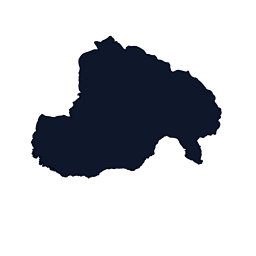 Heliconia, Antioquia, Colombia, rotated 306°
{"feature_id": "7082276B97169896974876", "entity_name": "Heliconia", "entity_type": "district", "adm_level": 2, "iso_a3": "COL", "parent_name": "Colombia", "parent_adm1": "Antioquia", "projection": "orthographic", "projection_center": [-75.764, 6.206], "detail": "fine", "context": "isolated", "style": "filled", "palette": "ink", "viewbox_px": 256, "rotation_deg": 306, "n_neighbors": 0, "source": "geoboundaries", "source_scale": "gbopen_adm2", "svg_char_len": 5735}
<svg xmlns="http://www.w3.org/2000/svg" viewBox="0 0 256 256"><g transform="rotate(306 128 128)"><path d="M209.1,143.6L209.0,143.2L208.1,143.0L207.1,142.3L204.9,136.6L203.8,134.5L202.8,133.7L200.1,132.4L199.1,131.1L199.0,130.7L198.9,129.7L199.2,128.8L201.7,125.7L203.2,124.8L204.2,122.6L202.7,119.9L202.3,118.3L202.2,116.2L201.5,114.1L201.2,113.6L200.2,112.3L200.2,111.6L201.6,109.1L201.9,107.0L200.7,105.4L199.8,103.5L199.8,102.3L198.1,99.8L198.2,99.2L199.4,95.9L199.6,94.7L199.3,90.4L198.6,87.1L197.2,84.8L195.4,82.8L194.5,80.6L192.2,79.7L190.6,80.4L189.4,80.5L189.1,80.3L189.1,77.5L190.2,74.0L190.8,71.3L190.3,69.7L191.0,68.3L190.7,67.7L188.9,66.6L188.9,66.1L189.0,65.9L190.2,65.5L191.3,64.2L191.4,62.3L191.8,61.0L191.7,60.1L191.2,59.6L188.2,59.0L185.2,57.6L183.7,56.6L181.1,56.1L180.8,55.7L179.4,52.1L178.3,50.9L177.8,50.8L177.4,51.2L176.1,54.9L174.8,57.4L174.4,57.8L173.6,58.0L173.3,57.8L171.3,54.9L167.2,52.4L162.9,49.3L161.1,48.3L158.1,48.0L154.6,48.4L152.6,49.7L151.1,51.1L148.4,54.5L144.8,56.1L143.9,56.1L143.3,56.8L142.9,58.0L142.7,58.2L142.4,58.4L141.7,58.2L140.6,58.7L139.5,59.7L138.1,60.4L136.7,62.0L133.3,63.7L130.5,66.4L130.3,66.9L130.1,68.4L128.4,70.2L128.0,70.1L127.4,68.5L126.1,68.0L125.6,68.2L126.2,69.1L125.7,70.6L125.3,71.0L124.6,71.0L123.9,71.3L123.4,71.3L122.2,70.6L121.2,70.7L119.9,70.0L119.2,70.2L118.2,70.2L117.5,69.3L116.5,68.9L116.1,69.2L115.7,70.3L114.8,70.9L113.6,71.4L111.5,71.0L110.5,71.0L110.2,70.4L109.5,70.6L108.6,70.1L107.2,71.7L106.4,71.7L106.0,72.0L105.3,73.3L104.6,73.8L104.1,75.6L103.8,75.9L103.4,75.7L102.0,73.8L101.4,73.4L100.8,71.0L100.6,69.5L100.2,68.7L99.4,68.1L98.8,68.0L98.1,66.9L95.7,64.3L94.6,63.5L93.3,63.0L91.7,60.7L91.0,58.5L89.3,55.6L88.5,53.8L88.4,51.2L88.2,50.6L85.0,50.2L82.5,50.7L80.9,51.6L79.9,51.6L78.2,52.0L75.4,53.2L74.3,53.9L73.9,54.8L73.6,54.9L73.3,54.5L72.3,55.8L71.6,55.8L70.8,56.1L69.8,55.4L66.5,55.5L64.7,56.8L64.3,57.9L63.8,58.3L62.3,57.9L61.5,58.3L59.8,58.4L59.4,58.9L59.5,59.9L58.7,60.4L58.7,60.8L57.9,61.4L57.6,62.9L56.6,64.3L56.1,64.7L55.7,64.7L55.3,64.5L55.0,63.9L54.7,63.9L54.3,65.2L53.4,65.0L53.3,65.4L52.8,65.5L53.1,66.0L53.0,66.4L52.4,66.2L51.7,65.5L51.1,65.6L51.0,66.3L50.6,67.0L51.1,67.7L51.0,68.0L50.7,68.1L50.3,67.9L49.4,68.1L49.4,68.3L49.8,68.6L49.2,69.5L49.7,70.0L49.6,70.9L49.9,71.3L50.7,71.3L50.7,70.5L51.1,70.4L51.4,70.8L51.5,71.5L52.3,71.3L53.2,72.1L53.2,72.7L53.5,73.2L53.4,73.4L52.4,73.7L52.5,74.0L53.1,74.2L52.8,74.7L52.7,75.2L52.3,75.6L51.8,75.7L50.9,75.1L50.7,75.4L50.8,76.0L49.4,76.1L49.2,76.4L49.4,76.7L49.3,77.0L48.6,76.6L48.3,77.2L47.2,77.4L46.9,77.9L47.0,78.5L47.4,79.0L50.0,79.5L49.9,79.9L48.3,81.2L47.4,81.3L47.2,81.5L47.4,81.9L49.1,83.2L49.3,84.1L49.3,86.2L50.4,86.4L50.9,87.0L51.5,87.1L51.5,87.6L51.2,87.8L50.4,87.6L50.1,87.8L49.9,88.6L49.3,89.2L49.0,89.7L49.6,91.6L49.9,91.8L51.3,91.1L51.7,91.4L51.0,92.7L50.2,92.9L50.0,93.2L50.1,93.5L50.9,94.1L51.0,94.7L50.7,96.1L51.3,100.3L51.0,101.1L51.3,101.5L50.8,101.9L50.7,102.2L51.3,103.2L51.2,103.6L50.9,103.7L51.3,104.2L51.6,105.6L52.6,106.9L54.1,107.2L55.8,108.2L56.2,108.7L57.0,110.3L56.8,111.3L57.2,111.8L58.9,112.8L59.3,113.7L60.4,113.9L60.4,115.6L61.8,116.8L61.6,118.1L63.3,119.1L64.5,120.5L64.4,122.5L64.9,124.2L64.7,125.4L65.9,125.7L66.5,126.1L66.9,126.7L68.1,127.0L68.4,128.0L69.5,129.2L70.4,129.8L72.3,130.7L73.0,131.4L73.6,131.4L74.6,130.8L75.6,131.0L77.0,131.8L78.7,132.2L83.1,134.6L83.5,135.1L83.6,135.9L84.1,136.6L86.0,138.0L87.1,140.4L87.8,141.2L88.7,141.4L89.3,142.6L90.0,143.2L90.2,144.2L91.1,144.9L91.7,146.0L93.0,147.1L94.6,150.5L94.6,152.2L95.5,153.5L95.6,155.4L96.4,156.0L96.6,156.9L98.0,157.8L99.5,157.8L100.5,158.7L102.5,160.0L104.3,159.8L105.8,160.4L108.1,160.3L109.5,160.5L111.1,160.2L112.2,159.5L112.8,160.3L113.7,160.0L114.8,160.0L115.7,161.8L117.2,161.5L119.1,162.0L119.3,162.2L119.3,162.7L119.6,163.0L120.6,162.8L121.1,163.5L121.8,163.9L122.5,164.0L122.8,163.8L124.4,161.9L128.0,161.1L128.5,160.8L128.8,160.1L129.1,159.9L130.7,160.1L132.0,159.9L133.1,160.5L136.1,159.5L138.2,160.5L140.4,161.0L141.2,161.6L141.6,161.6L142.1,161.1L142.4,161.1L143.5,162.6L144.0,162.9L144.8,163.1L145.3,163.5L145.3,164.6L145.6,167.4L147.6,170.4L148.6,172.9L148.8,173.8L148.8,174.7L147.8,177.5L147.2,178.1L146.2,180.2L145.6,182.9L144.9,184.4L144.9,185.4L145.7,186.9L145.7,187.7L144.3,188.2L143.5,187.9L143.5,188.8L142.3,189.4L140.2,191.2L140.1,190.5L139.8,190.4L139.5,190.5L139.1,191.2L138.9,193.7L139.2,194.8L139.5,197.3L139.7,197.9L140.5,198.9L140.1,201.3L140.6,204.6L140.6,206.3L141.0,206.2L141.2,206.3L142.7,208.0L143.2,207.9L143.7,207.6L144.8,207.6L145.0,207.1L144.2,205.7L144.3,205.3L144.6,204.9L145.9,204.0L149.3,202.8L150.7,201.3L151.7,200.9L153.3,199.0L153.4,198.7L152.7,198.3L152.8,198.0L154.3,197.3L155.2,197.3L155.3,196.8L155.2,195.5L156.1,194.3L156.3,193.4L156.9,192.6L157.0,191.7L157.4,191.3L158.7,190.4L161.3,190.9L163.0,190.7L163.9,192.2L164.7,194.4L165.3,194.7L166.3,194.7L168.1,195.7L169.3,195.8L170.0,196.2L170.2,197.3L170.7,197.9L170.8,198.8L171.2,199.1L172.4,199.2L173.2,199.6L173.9,200.5L174.0,201.7L174.4,202.1L175.0,202.0L176.8,200.9L177.8,200.7L178.8,200.2L180.5,200.8L181.7,200.9L182.3,200.9L184.3,200.3L185.4,199.4L186.1,198.0L185.9,196.1L187.5,196.0L188.6,195.6L189.9,196.3L190.4,196.4L191.0,196.3L191.4,195.9L191.4,195.3L191.6,194.8L192.2,194.6L194.1,194.6L194.6,194.4L195.2,194.1L196.5,192.4L197.6,191.8L197.7,191.5L197.3,190.7L197.6,189.7L197.1,189.1L197.0,188.5L197.4,187.7L198.1,187.3L199.2,184.1L199.3,182.9L199.8,182.4L200.4,181.4L200.9,181.2L201.9,181.3L202.5,181.2L203.8,180.2L204.4,179.1L204.7,176.4L205.6,175.4L205.9,174.8L206.2,172.8L205.1,169.6L205.0,168.4L205.7,166.9L206.8,162.6L207.3,160.5L207.6,156.1L208.1,155.0L207.8,152.9L206.9,151.9L206.6,148.9L207.7,145.6L209.1,143.6Z" fill="#0f172a" stroke="#020617" stroke-width="1.5"/></g></svg>